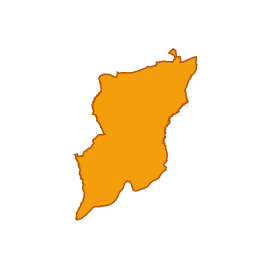 outline of Federación, Entre Ríos, Argentina, rotated 51°
{"feature_id": "61730980B83498212495983", "entity_name": "Federación", "entity_type": "district", "adm_level": 2, "iso_a3": "ARG", "parent_name": "Argentina", "parent_adm1": "Entre Ríos", "projection": "equal_earth", "projection_center": [-58.107, -30.745], "detail": "fine", "context": "isolated", "style": "filled", "palette": "amber", "viewbox_px": 256, "rotation_deg": 51, "n_neighbors": 0, "source": "geoboundaries", "source_scale": "gbopen_adm2", "svg_char_len": 5848}
<svg xmlns="http://www.w3.org/2000/svg" viewBox="0 0 256 256"><g transform="rotate(51 128 128)"><path d="M167.2,225.8L167.6,224.4L168.5,222.6L168.9,220.9L169.0,214.0L168.6,212.0L168.5,209.0L167.8,206.4L168.0,204.6L168.4,203.0L170.8,200.2L172.6,196.7L175.1,192.8L176.2,189.6L176.5,187.2L176.4,184.0L175.8,181.5L174.8,179.2L173.2,176.4L172.3,173.5L172.0,171.2L171.5,169.4L168.9,165.7L168.6,163.1L169.2,161.8L169.7,161.3L170.9,160.6L171.7,160.4L173.2,160.5L179.0,162.9L180.9,162.4L181.9,161.5L182.5,160.5L183.5,157.0L184.7,154.3L185.4,152.0L185.9,149.7L184.8,145.6L184.8,143.6L185.0,141.5L185.3,140.4L186.2,135.7L184.1,130.0L184.2,126.2L184.4,125.1L182.6,123.1L180.3,123.7L179.3,123.5L178.9,122.9L178.2,119.3L177.6,118.2L176.5,117.5L175.1,115.7L171.7,113.2L166.2,110.9L166.1,110.3L165.6,110.1L164.5,110.5L163.9,110.4L163.6,110.1L163.6,109.5L162.9,109.1L162.5,109.3L162.1,110.1L161.6,109.5L161.4,108.8L161.0,109.0L160.3,108.6L159.7,108.8L159.6,107.7L160.0,107.7L159.7,106.8L159.1,106.6L158.2,105.8L159.0,105.2L158.5,104.7L157.8,104.7L157.6,104.3L156.6,103.8L155.9,103.0L155.9,102.6L155.4,101.9L155.0,101.8L155.1,101.5L154.7,101.3L154.1,101.9L153.7,101.8L153.7,101.3L152.9,100.6L152.9,100.1L152.4,99.5L152.5,99.4L152.0,99.3L151.8,99.5L150.9,99.0L150.9,97.2L151.4,96.7L150.8,95.9L150.4,95.9L150.7,95.0L150.3,94.0L150.3,93.2L150.5,93.0L149.7,92.5L149.5,92.0L149.3,92.1L149.0,91.8L149.4,91.5L149.3,91.3L149.0,91.6L148.6,91.6L148.7,91.9L148.5,92.0L148.3,91.8L148.2,92.2L148.0,91.8L148.3,91.3L147.3,91.2L147.3,90.8L146.8,90.4L147.1,90.4L147.2,89.7L145.7,88.4L146.0,87.5L145.8,87.2L146.0,86.8L146.6,86.7L146.5,85.9L146.3,85.4L145.7,85.4L145.5,85.1L145.6,84.4L145.6,84.2L146.2,84.4L146.3,84.2L146.2,83.7L146.5,83.0L147.1,82.2L147.0,81.3L146.7,81.0L146.9,80.4L146.5,79.9L146.5,79.6L147.0,79.9L147.4,78.9L147.2,78.1L146.9,78.1L146.6,78.3L146.2,77.6L145.9,76.5L145.6,76.5L145.0,75.8L145.4,75.2L145.6,75.1L145.7,74.6L145.4,74.0L145.2,73.2L144.6,73.1L144.4,72.7L144.7,72.6L144.5,72.3L144.9,71.9L144.8,71.4L144.5,71.4L144.4,70.7L144.1,70.7L144.4,69.9L145.1,70.1L145.3,69.7L145.1,69.0L144.7,69.1L144.7,68.5L144.4,68.1L144.9,68.4L144.9,66.8L145.7,66.7L145.5,66.3L145.3,66.3L145.2,64.6L143.8,64.2L143.5,64.4L143.0,64.1L142.8,64.4L142.5,64.3L142.4,64.0L141.9,64.0L141.7,63.4L141.2,63.5L140.1,62.7L138.6,62.1L137.0,60.6L136.4,60.5L135.4,60.8L134.9,60.7L134.7,60.0L134.1,59.2L133.5,58.3L133.5,57.6L133.1,56.6L131.4,54.6L129.9,51.8L129.5,51.6L129.2,50.2L128.7,49.4L128.7,48.4L127.9,47.5L128.0,46.9L127.2,46.6L127.5,46.0L127.1,45.7L127.3,44.1L126.9,42.7L127.0,41.7L126.5,40.6L125.9,39.8L125.8,39.1L125.2,38.4L124.9,37.3L123.9,37.0L123.3,36.0L122.8,35.6L122.6,35.0L120.6,34.5L119.8,33.9L119.3,33.8L118.6,32.8L118.2,32.7L117.6,31.7L115.7,30.2L114.7,31.8L111.1,44.1L110.7,44.9L110.0,45.8L109.9,45.3L105.4,42.4L103.2,45.6L97.8,42.2L97.7,42.5L95.0,43.0L95.3,48.9L95.7,48.9L97.3,47.7L98.0,47.8L99.7,46.8L101.0,46.6L102.0,46.7L102.6,47.2L103.0,47.7L103.9,48.0L103.9,49.6L104.9,51.5L97.8,59.4L97.3,60.7L94.8,64.6L96.7,65.6L96.5,67.6L95.1,71.6L92.5,74.2L92.9,76.1L92.2,77.5L90.1,84.3L87.7,89.9L84.7,93.9L81.1,98.0L80.0,100.5L78.0,101.1L81.2,104.7L79.5,106.6L75.5,108.3L71.1,112.7L70.7,114.1L70.4,114.3L70.5,115.0L70.2,116.4L69.8,117.3L70.8,117.9L70.7,118.9L71.1,119.4L73.6,120.4L74.1,120.4L74.2,120.7L75.4,120.7L75.9,121.3L76.2,121.3L76.2,121.7L76.7,121.7L76.9,122.2L77.9,122.3L78.4,122.9L78.9,123.0L79.8,123.8L80.8,124.0L81.9,125.2L82.2,125.2L82.4,125.7L82.6,125.7L82.6,126.3L82.9,127.4L82.8,127.8L83.0,127.9L82.7,128.2L83.2,128.3L83.4,128.6L83.3,129.2L82.9,129.3L83.1,129.7L83.1,130.3L83.8,130.5L83.5,131.2L83.7,131.3L83.8,131.6L83.2,131.7L83.8,132.4L83.8,133.1L83.6,133.4L83.8,133.7L83.7,134.3L84.0,134.4L84.0,135.1L84.4,135.1L84.3,135.4L84.8,135.2L84.9,135.9L85.2,136.1L85.1,136.4L85.3,136.9L85.7,136.9L85.9,137.5L85.6,137.8L86.3,138.5L85.6,138.6L85.6,138.9L86.2,139.1L86.3,139.6L86.9,139.6L87.5,140.4L87.4,140.7L87.7,140.7L87.6,141.1L88.2,141.3L88.6,141.9L88.9,142.0L89.1,142.6L89.7,142.6L90.0,142.3L90.1,142.8L90.7,143.1L91.3,143.0L91.6,143.1L91.5,143.5L92.0,143.4L93.5,144.1L93.6,144.8L94.0,145.6L94.8,145.9L94.9,146.7L95.9,146.0L96.3,146.0L97.0,145.0L97.5,144.9L97.9,144.4L97.9,144.2L98.4,145.4L98.7,144.9L99.2,145.2L99.6,145.1L99.7,145.6L100.1,145.4L100.6,145.8L100.6,146.1L101.2,146.2L101.7,146.6L102.3,147.4L102.5,147.1L102.7,147.4L103.1,147.2L103.7,147.6L104.0,147.3L104.3,147.5L105.2,147.3L105.6,147.5L106.2,147.2L106.6,147.7L108.0,147.6L108.6,148.0L109.7,148.0L110.3,148.7L110.8,148.4L111.0,148.6L111.6,148.5L112.3,149.0L112.5,148.8L113.2,149.1L113.9,149.5L114.4,149.3L115.0,149.8L116.3,150.0L118.6,149.8L115.3,154.4L114.8,155.7L115.5,160.1L115.0,162.6L116.2,163.8L118.6,164.4L118.6,166.0L119.7,168.6L119.7,170.6L118.9,171.5L119.4,174.5L118.8,177.3L119.8,177.9L119.9,179.3L121.0,179.8L121.0,180.2L121.6,181.4L119.8,182.1L119.6,183.7L118.6,184.7L116.3,183.8L115.2,186.2L116.9,186.1L117.2,186.4L117.5,186.9L118.0,187.3L118.4,187.2L118.6,187.6L119.1,187.9L120.3,187.7L120.7,188.0L121.0,187.8L121.4,188.2L122.0,187.9L122.6,188.1L123.2,188.1L123.6,188.6L124.2,188.5L124.4,188.8L124.7,188.6L125.0,189.2L125.4,189.4L125.3,189.8L125.7,190.1L126.4,190.1L127.3,189.6L127.5,190.5L127.8,190.5L128.3,191.1L129.3,191.0L130.0,191.2L130.3,191.7L130.9,191.7L131.5,193.2L132.3,193.4L132.8,194.4L133.4,194.4L133.7,195.0L134.6,194.5L135.4,194.9L135.9,195.6L137.4,195.6L137.2,196.4L137.3,196.6L138.0,196.5L138.0,195.9L138.3,195.8L139.4,196.0L140.2,195.6L140.7,196.5L142.8,198.0L143.8,197.7L143.8,198.2L144.5,199.4L145.1,199.7L145.2,200.1L145.6,200.6L148.1,202.0L149.6,202.0L151.8,203.3L152.3,204.1L153.8,205.2L154.4,206.1L154.7,207.3L156.2,208.4L157.1,210.1L156.9,211.4L158.2,213.5L159.2,214.5L159.2,216.0L159.8,216.5L159.9,217.4L160.3,218.2L161.2,218.8L161.6,221.0L162.6,222.2L164.8,223.9L165.1,224.7L165.9,225.7L167.2,225.8Z" fill="#f59e0b" stroke="#b45309" stroke-width="1.5"/></g></svg>